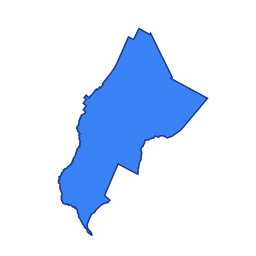 San Antonio de Areco, Buenos Aires, Argentina (Equal Earth projection), rotated 163°
{"feature_id": "61730980B86135062505656", "entity_name": "San Antonio de Areco", "entity_type": "district", "adm_level": 2, "iso_a3": "ARG", "parent_name": "Argentina", "parent_adm1": "Buenos Aires", "projection": "equal_earth", "projection_center": [-59.396, -34.207], "detail": "fine", "context": "isolated", "style": "filled", "palette": "blue", "viewbox_px": 256, "rotation_deg": 163, "n_neighbors": 0, "source": "geoboundaries", "source_scale": "gbopen_adm2", "svg_char_len": 5782}
<svg xmlns="http://www.w3.org/2000/svg" viewBox="0 0 256 256"><g transform="rotate(163 128 128)"><path d="M197.2,108.2L198.1,107.9L198.2,107.7L198.2,107.4L198.4,107.3L198.7,107.4L199.9,107.3L200.4,107.4L200.5,107.1L200.8,106.8L201.8,106.8L201.7,106.5L201.9,106.2L202.2,105.9L202.7,105.7L203.1,104.9L203.8,104.7L204.1,104.6L204.4,104.7L204.7,104.5L204.9,104.3L204.9,103.9L205.0,103.6L205.4,103.2L205.5,102.9L205.5,102.6L205.8,102.4L206.3,102.3L206.8,101.4L207.1,101.2L207.4,101.3L207.6,101.5L208.0,101.7L208.3,101.5L208.3,100.6L208.0,100.5L208.0,100.3L208.1,100.2L208.6,100.0L208.7,99.7L208.3,99.2L208.3,98.9L208.5,98.8L208.9,99.0L209.0,98.9L209.0,98.6L208.6,98.3L208.6,98.1L209.0,97.9L209.4,98.0L209.5,98.3L209.7,98.2L209.9,97.5L210.2,97.1L210.5,95.8L210.0,95.3L209.9,95.1L209.6,95.0L209.5,94.6L209.6,93.9L209.4,93.3L209.8,92.2L210.4,92.0L210.5,91.8L210.4,90.9L210.6,90.3L210.6,89.5L210.7,89.4L210.7,89.1L210.4,89.0L210.4,88.9L210.6,87.6L210.4,86.7L210.5,86.1L210.2,85.2L210.2,84.8L210.3,84.4L210.7,83.9L210.7,83.6L210.6,83.3L210.7,83.1L210.9,83.0L211.5,82.4L211.9,82.2L212.0,81.2L211.6,80.6L211.7,80.4L212.0,80.3L212.2,80.0L212.6,79.7L212.4,79.4L212.7,77.8L212.5,77.6L212.5,77.2L212.1,77.1L212.3,76.7L212.1,76.0L212.2,75.7L212.0,75.3L211.9,74.7L211.1,74.5L210.8,73.9L210.3,73.7L209.6,72.9L209.0,72.9L208.9,73.4L208.6,73.5L207.9,72.6L207.7,72.5L207.7,71.8L207.5,71.5L206.9,71.2L206.0,71.4L205.2,70.8L204.9,70.4L204.3,69.9L204.2,69.2L203.9,68.9L203.8,68.5L203.5,68.3L202.1,68.2L201.5,67.8L201.5,67.5L201.9,67.2L202.1,66.8L202.0,66.6L201.8,66.6L201.5,66.0L201.0,66.0L200.6,65.7L200.5,65.4L200.7,64.6L200.5,64.0L200.8,63.2L200.7,62.6L200.9,62.1L200.9,61.1L200.7,60.5L200.6,59.7L200.9,59.1L200.9,58.3L201.0,58.0L201.3,57.7L201.3,57.3L201.2,56.8L200.6,55.7L200.4,54.9L200.0,54.4L200.1,52.6L199.7,52.1L199.8,51.3L199.8,51.2L199.5,50.9L199.5,50.7L199.5,49.5L199.1,49.3L199.2,48.7L199.0,48.3L198.3,47.5L198.5,47.0L198.4,46.5L198.5,46.3L198.8,46.0L198.8,45.9L198.3,45.7L198.1,45.0L198.1,44.6L196.8,44.2L196.6,43.4L197.0,43.3L197.0,43.1L197.0,42.7L196.8,42.4L196.9,42.2L196.9,41.4L197.1,41.1L197.0,40.7L196.9,40.0L196.3,39.3L196.3,38.9L195.7,38.6L195.3,37.9L195.2,37.4L194.7,36.9L194.5,36.3L194.3,36.1L193.8,36.2L193.9,37.0L193.7,37.5L193.8,37.7L193.8,38.3L194.1,40.0L194.7,40.4L194.8,41.2L195.1,41.6L195.1,42.0L195.5,42.6L195.6,43.1L195.8,43.5L195.7,44.6L195.8,45.1L195.7,45.5L195.5,46.2L195.5,46.9L195.0,48.2L193.4,49.9L192.3,51.7L191.3,52.5L190.8,53.3L189.9,54.1L190.0,54.6L187.9,56.2L184.3,57.3L183.5,58.0L183.1,58.6L182.9,58.8L178.2,61.1L175.9,62.5L174.6,62.4L174.3,62.6L172.7,62.9L171.9,62.6L171.4,62.6L171.0,62.7L170.4,63.1L169.8,62.9L169.6,62.9L169.1,62.4L168.5,63.2L167.5,63.5L166.4,64.2L170.1,70.3L147.8,96.8L147.2,95.8L144.4,93.0L135.7,84.4L132.3,81.1L132.3,81.7L131.9,81.7L131.6,82.1L131.6,82.4L131.5,82.7L131.1,83.0L131.0,83.5L131.0,84.6L130.7,84.8L130.6,85.0L130.4,85.7L129.8,86.2L129.5,86.6L129.3,87.3L129.5,87.5L128.8,88.2L128.6,89.0L128.2,89.7L128.3,89.8L128.2,90.3L127.6,90.7L127.5,91.3L127.3,91.5L126.7,92.1L126.5,92.5L125.4,93.4L125.3,93.7L124.9,93.9L124.8,94.3L124.3,95.0L123.9,96.5L123.0,98.4L122.7,98.8L122.4,100.0L122.1,100.4L122.0,101.5L122.1,101.9L122.0,103.4L122.1,103.9L121.2,104.7L120.9,105.2L120.8,105.6L120.3,106.2L119.8,106.1L119.5,105.9L118.9,106.0L118.6,106.5L118.3,107.3L117.5,107.8L117.4,108.0L116.8,108.5L116.7,108.9L116.3,109.2L116.1,109.5L115.9,110.4L115.3,111.2L114.6,111.5L114.3,111.5L113.5,111.0L113.2,111.0L112.2,110.6L111.1,110.7L110.5,111.0L109.7,111.2L108.2,111.1L107.6,111.2L106.9,110.9L106.6,110.9L105.8,111.2L105.6,111.6L105.3,111.7L104.7,112.2L104.4,112.3L103.8,112.1L103.5,111.8L103.5,111.7L102.5,110.8L101.9,110.7L101.4,110.5L101.0,110.5L100.9,110.9L100.3,110.7L99.6,110.9L98.9,110.8L98.6,111.0L97.6,110.7L97.2,110.5L96.6,110.1L96.4,109.8L95.5,109.5L93.5,107.1L92.8,106.9L92.0,107.2L89.3,107.1L88.3,107.3L78.1,110.6L53.5,126.5L43.3,133.2L72.6,162.9L72.5,163.1L71.8,163.1L71.0,163.5L71.8,169.3L74.1,183.0L78.7,212.1L79.9,211.1L88.4,219.9L96.9,210.9L100.9,215.0L116.8,196.5L122.2,190.5L127.4,186.1L139.5,177.8L139.0,176.9L142.4,174.5L143.0,175.5L146.2,173.3L146.9,174.5L154.4,169.4L154.7,169.7L155.2,169.2L156.3,168.1L158.4,171.7L161.1,169.9L159.7,167.5L163.6,164.7L161.5,161.2L165.5,158.6L163.6,155.7L164.0,155.3L164.0,155.0L165.0,154.7L165.2,154.2L166.0,154.3L166.9,154.2L167.4,154.2L168.1,154.1L168.5,154.1L168.9,153.6L168.8,153.3L169.1,153.1L169.5,153.1L169.9,152.8L170.2,152.5L170.3,151.9L170.5,151.5L170.6,151.1L170.9,151.1L171.0,151.4L171.4,151.0L171.5,150.6L171.5,150.3L171.6,150.1L171.9,149.9L172.2,149.9L172.6,149.6L172.7,149.4L172.4,149.0L172.5,148.6L172.8,148.3L173.0,147.7L173.5,147.4L173.8,146.7L174.4,146.1L174.4,145.9L174.3,145.6L174.3,145.4L175.0,144.7L175.8,144.4L176.1,144.5L176.2,144.4L176.3,144.0L176.8,143.5L177.2,142.6L177.0,142.0L176.7,141.9L176.3,141.5L176.9,140.6L177.0,140.2L176.9,139.2L176.0,137.7L176.0,137.0L175.7,136.4L175.7,136.1L175.9,136.0L176.6,136.2L176.8,136.1L177.0,135.9L177.0,134.9L176.8,134.6L177.1,134.1L177.0,133.4L177.1,133.1L177.7,132.3L177.9,132.3L177.7,131.9L177.8,131.1L177.6,130.8L177.6,130.4L177.9,129.9L177.6,129.5L177.9,129.0L178.1,128.1L178.7,127.2L178.8,126.9L178.8,126.4L179.0,126.1L179.4,125.7L179.5,125.5L179.4,124.6L179.6,124.3L179.8,124.2L180.3,124.5L180.5,124.4L180.8,123.8L181.8,123.4L182.8,122.8L183.0,122.2L183.4,121.8L183.6,121.1L184.7,120.0L184.9,119.3L185.3,119.0L185.7,118.2L186.2,117.6L186.3,117.3L186.8,116.8L187.4,115.9L189.1,114.9L190.1,113.5L190.4,113.1L190.1,112.4L190.8,112.4L190.9,112.1L190.8,111.8L191.0,111.6L191.8,111.6L192.0,110.8L192.1,110.7L192.6,110.7L193.3,110.3L193.5,110.1L193.3,109.7L193.2,109.6L193.3,109.4L194.1,109.5L194.4,109.5L194.8,109.3L195.7,108.6L196.4,108.7L197.0,108.5L197.2,108.2Z" fill="#3b82f6" stroke="#1e3a8a" stroke-width="1.5"/></g></svg>